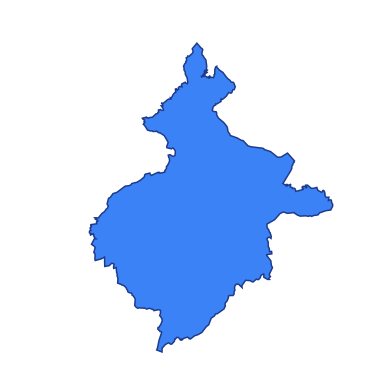 outline of Varfuri, Dâmbovita, Romania, rotated 331°
{"feature_id": "2599482B31531566828838", "entity_name": "Varfuri", "entity_type": "district", "adm_level": 2, "iso_a3": "ROU", "parent_name": "Romania", "parent_adm1": "Dâmbovita", "projection": "albers", "projection_center": [25.505, 45.099], "detail": "fine", "context": "isolated", "style": "filled", "palette": "blue", "viewbox_px": 384, "rotation_deg": 331, "n_neighbors": 0, "source": "geoboundaries", "source_scale": "gbopen_adm2", "svg_char_len": 5993}
<svg xmlns="http://www.w3.org/2000/svg" viewBox="0 0 384 384"><g transform="rotate(331 192 192)"><path d="M294.4,204.3L286.7,204.6L283.7,203.1L280.3,194.7L275.8,189.9L275.9,189.3L275.1,188.0L265.7,181.2L263.3,178.7L261.6,171.8L260.1,170.6L257.7,166.6L252.9,161.2L253.1,159.7L252.8,156.5L254.0,153.3L254.3,151.5L253.4,146.5L250.9,140.1L251.0,136.5L252.0,134.4L252.0,133.5L250.0,132.1L249.4,131.1L249.4,130.1L250.5,129.4L250.8,128.5L253.2,127.2L254.8,127.4L255.4,126.4L256.2,127.0L261.2,126.9L261.8,125.4L262.5,125.6L262.7,124.9L263.3,125.6L264.6,125.7L268.5,124.8L272.4,122.8L273.8,124.4L275.0,124.4L277.1,122.4L278.6,122.9L280.9,120.9L281.4,116.8L281.2,116.1L279.5,114.6L279.4,112.8L278.3,110.4L277.7,107.7L277.0,102.4L275.2,98.9L274.2,95.0L274.6,94.0L273.4,94.1L271.6,95.6L268.8,100.2L268.0,100.2L267.4,101.7L266.0,102.3L265.6,101.6L264.1,101.1L263.8,99.1L263.1,99.2L263.0,100.3L262.1,100.8L261.9,100.5L262.4,99.6L261.2,98.9L260.6,99.1L260.1,97.3L258.8,96.5L256.2,96.1L256.3,95.4L257.5,96.1L260.2,95.7L260.5,94.9L263.2,94.8L263.0,93.5L263.3,92.8L262.9,92.8L261.8,93.3L261.8,94.1L260.8,94.7L260.0,94.4L259.7,95.4L258.5,94.9L261.2,93.4L261.2,92.7L261.9,91.9L263.7,92.4L263.7,93.0L264.6,92.8L264.1,91.7L265.9,89.0L268.2,83.2L267.7,80.2L267.8,78.5L267.4,77.4L267.9,75.4L270.4,72.8L270.4,71.7L269.7,70.3L268.4,64.2L261.9,66.7L261.5,67.1L261.3,69.0L260.7,70.1L259.7,70.8L255.4,71.9L254.2,71.0L253.4,71.9L252.0,71.8L251.3,74.1L249.6,75.0L249.4,75.9L247.6,76.4L245.4,78.1L245.5,78.8L244.1,81.8L244.4,83.4L243.2,85.9L243.1,90.0L241.9,92.7L241.8,93.7L240.4,95.0L239.4,93.7L239.3,92.7L235.5,92.5L233.7,94.4L234.3,94.6L234.3,95.1L232.1,93.7L230.6,94.2L230.2,94.6L230.2,95.5L228.4,95.8L228.3,94.1L227.4,93.9L226.1,97.0L225.1,96.7L222.3,97.8L220.8,99.1L219.4,99.3L219.1,100.0L218.7,99.2L218.2,100.3L216.7,99.4L214.9,99.5L209.6,100.6L208.8,99.5L208.4,99.8L208.7,101.2L208.1,102.0L208.6,103.1L206.9,101.8L207.2,105.2L206.7,106.6L205.5,106.2L204.5,105.1L204.5,104.6L202.4,104.0L201.6,105.9L200.8,105.8L199.9,106.7L198.3,106.2L193.7,107.4L191.3,106.4L189.6,106.3L189.5,105.8L188.1,104.9L188.4,104.4L184.3,103.4L184.4,104.4L185.5,106.1L184.2,107.0L184.1,107.9L184.6,108.2L184.4,108.4L182.9,108.7L182.2,109.3L182.8,110.5L183.1,116.3L185.4,118.6L186.7,119.2L187.1,120.1L190.1,121.7L190.7,121.6L191.4,123.8L192.9,125.1L195.1,129.3L195.2,137.1L191.8,140.1L191.5,141.1L195.0,144.3L196.2,144.1L196.9,144.7L197.3,147.1L197.0,148.7L195.1,151.5L194.4,151.9L192.9,151.6L192.2,151.2L191.0,148.8L189.1,148.2L188.4,150.5L188.5,151.6L187.2,154.3L183.6,156.8L182.0,157.3L181.1,159.0L178.5,160.2L178.0,161.4L173.1,160.1L173.1,159.1L171.8,158.8L171.8,158.3L164.4,157.8L164.1,156.2L164.3,155.0L160.0,153.8L159.1,154.0L157.5,155.7L152.9,156.6L148.7,156.8L143.5,155.4L141.8,156.1L140.2,156.0L136.4,154.5L126.1,155.9L122.1,155.1L118.0,157.1L115.9,157.1L112.1,161.1L111.8,162.0L112.1,163.5L110.2,165.2L108.3,165.5L106.2,166.7L102.8,167.1L97.8,169.1L96.4,169.2L96.1,168.3L94.7,167.6L94.9,168.0L94.2,168.6L95.6,171.0L95.8,172.2L95.1,171.3L93.8,172.0L93.3,173.6L87.7,171.5L87.1,172.4L87.6,172.8L87.2,173.6L85.4,174.1L84.9,176.6L83.5,176.4L82.5,177.9L83.1,179.2L82.4,180.0L82.5,180.6L83.5,180.4L83.8,179.9L85.0,181.5L85.2,180.7L85.5,180.8L85.4,181.9L84.7,183.0L84.7,185.0L85.3,186.3L83.9,185.6L78.7,189.0L80.3,192.3L80.3,193.7L76.8,197.3L77.2,198.2L76.6,200.3L74.5,203.6L74.1,205.0L80.2,206.5L83.9,206.5L79.6,214.8L83.9,216.3L87.4,215.4L88.9,217.3L87.0,219.5L86.5,220.9L89.1,221.4L87.1,225.6L86.6,228.1L85.8,228.9L85.5,231.3L82.8,235.7L85.2,238.4L85.5,239.3L86.9,240.6L88.0,243.6L87.7,245.0L88.0,246.5L87.5,248.1L88.2,249.5L90.2,251.3L89.6,253.3L90.3,254.6L90.5,258.0L86.9,263.5L87.1,265.2L88.0,267.2L89.9,267.9L94.7,270.9L95.5,272.4L98.6,273.1L100.0,275.0L100.8,275.5L101.2,277.3L105.6,278.7L106.7,279.6L107.0,280.3L105.6,282.8L103.7,284.5L104.1,285.3L104.2,288.2L103.7,289.9L100.9,292.4L97.3,294.4L96.6,294.0L95.9,294.9L95.6,295.5L96.4,297.7L96.3,298.5L97.5,299.5L97.2,300.3L91.2,305.8L86.0,311.9L84.5,313.0L88.2,317.4L90.2,314.1L94.8,312.5L98.4,312.5L99.6,314.8L100.8,315.2L104.2,314.0L105.8,312.2L106.3,312.6L108.0,311.7L109.7,312.8L110.0,315.1L111.4,315.6L110.5,316.1L111.2,316.6L114.0,316.0L117.5,316.7L118.6,318.0L118.3,318.8L119.3,319.8L124.6,319.0L128.2,319.7L132.6,319.6L138.9,316.8L142.3,316.2L147.6,311.7L151.5,311.3L153.3,310.1L155.1,310.7L163.2,309.8L165.9,307.9L166.3,306.6L167.4,305.1L169.4,304.6L172.3,302.4L173.5,300.7L174.8,300.8L177.6,302.4L179.1,301.9L180.6,299.5L182.1,298.6L182.4,297.0L183.9,294.9L186.5,294.1L188.1,295.5L189.5,299.9L190.2,298.1L196.1,295.2L200.1,297.9L200.7,299.3L201.9,300.3L206.1,299.4L207.2,300.7L208.0,300.8L209.9,300.2L212.0,298.3L214.8,298.4L215.0,298.7L213.5,301.4L215.8,305.2L217.4,306.0L217.2,305.1L217.5,304.6L219.6,304.0L219.4,302.2L219.8,301.4L225.7,297.2L225.9,294.4L227.6,290.4L226.6,283.9L226.9,283.0L231.8,284.8L232.3,283.8L232.8,282.5L230.9,281.8L232.2,278.9L232.3,276.5L234.5,272.4L234.6,269.4L236.6,268.7L237.8,269.1L238.6,270.9L239.8,269.2L240.6,265.5L240.3,264.1L240.8,262.6L240.4,259.5L242.0,256.4L250.8,256.3L258.7,253.5L262.3,253.8L265.2,257.0L271.4,259.5L271.3,260.0L273.1,263.4L275.0,265.6L279.8,267.9L282.2,269.8L283.6,269.8L284.8,271.3L287.2,271.6L291.1,273.1L293.5,272.1L300.2,273.3L304.6,275.0L308.3,272.5L309.1,270.7L309.0,268.9L309.9,266.7L309.0,265.8L307.2,265.6L309.2,262.9L306.7,261.8L306.6,259.1L307.5,258.2L307.6,256.9L308.0,256.6L308.0,254.8L307.6,254.2L306.9,254.2L306.0,255.0L305.1,254.9L302.9,251.6L303.4,248.5L300.4,247.8L298.0,246.5L296.5,242.3L296.0,241.7L294.6,241.1L294.3,241.7L294.8,243.1L294.3,243.8L293.6,243.4L293.4,241.8L291.6,240.8L291.0,240.9L290.3,241.9L291.1,242.6L291.1,243.3L290.0,243.6L283.1,241.8L283.7,239.6L283.5,238.7L283.0,238.0L281.6,237.7L281.7,236.6L280.4,235.1L281.8,233.6L281.7,233.0L278.4,232.8L279.2,232.1L278.8,231.4L277.8,231.1L277.1,231.7L275.7,228.6L288.6,221.3L290.7,219.8L291.9,217.7L293.3,217.2L294.4,215.8L295.7,215.6L295.8,214.7L296.7,214.5L294.4,204.3Z" fill="#3b82f6" stroke="#1e3a8a" stroke-width="1.5"/></g></svg>